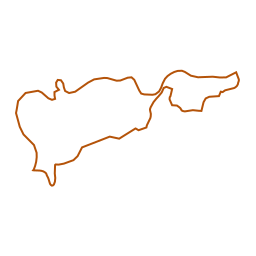 the District of Samdrup Jongkhar, rotated 179°
{"feature_id": "BTN-2492", "entity_name": "Samdrup Jongkhar", "entity_type": "District", "adm_level": 1, "iso_a3": "BTN", "parent_name": "Bhutan", "parent_adm1": "", "projection": "robinson", "projection_center": [91.574, 27.008], "detail": "fine", "context": "isolated", "style": "outline", "palette": "amber", "viewbox_px": 256, "rotation_deg": 179, "n_neighbors": 0, "source": "natural_earth", "source_scale": "10m", "svg_char_len": 1763}
<svg xmlns="http://www.w3.org/2000/svg" viewBox="0 0 256 256"><g transform="rotate(179 128 128)"><path d="M238.9,148.7L237.4,156.9L229.8,164.8L217.3,166.8L213.6,165.0L207.1,159.1L203.5,157.5L200.4,158.4L200.9,161.6L200.9,165.2L196.4,167.4L198.9,170.6L199.1,174.6L197.4,177.3L194.2,176.9L192.0,173.6L191.4,169.7L190.2,166.1L186.3,164.0L180.2,165.2L167.1,174.1L161.0,177.2L151.0,178.5L147.8,178.3L138.6,175.5L134.9,175.6L127.4,178.3L123.6,178.6L120.9,176.1L116.1,165.3L114.2,162.2L111.2,161.3L102.9,160.8L100.0,161.3L96.3,164.0L94.2,167.7L92.5,172.1L90.1,176.6L87.5,179.3L84.3,181.5L80.8,183.2L77.4,184.2L73.1,184.3L70.2,183.1L64.2,179.2L57.1,177.5L42.4,177.8L35.2,176.9L29.0,176.9L18.9,181.8L16.4,174.8L16.3,173.8L16.5,172.9L17.1,171.2L17.4,169.8L18.4,168.1L19.9,166.8L21.2,166.1L30.2,164.0L32.7,162.3L33.2,162.3L34.0,162.6L34.6,162.7L36.5,158.3L46.2,157.8L49.8,156.2L52.0,152.5L54.3,143.8L57.1,144.0L62.8,144.7L70.9,143.6L72.8,144.0L74.0,144.6L75.3,146.9L76.8,148.2L78.7,149.6L83.5,150.0L85.9,155.8L85.9,156.9L85.7,158.1L85.0,159.1L83.2,166.2L88.9,168.5L91.6,167.4L93.7,162.9L95.5,160.8L97.1,159.0L99.3,156.7L102.0,153.5L105.0,148.3L105.7,146.4L105.6,145.0L104.9,141.7L105.1,139.1L105.5,137.5L109.1,130.3L109.6,128.2L117.5,125.6L120.4,127.4L120.5,127.4L137.0,117.5L146.4,119.7L174.3,109.4L178.9,100.7L183.1,96.8L192.7,93.5L198.0,92.6L201.0,92.8L201.5,92.4L201.6,91.5L202.0,83.8L201.6,79.3L202.0,75.6L203.1,72.8L204.1,71.9L205.1,71.7L206.1,72.4L206.8,73.3L207.2,74.4L208.3,78.3L208.8,79.7L210.0,82.1L210.3,83.2L210.8,84.2L211.8,85.1L213.4,86.1L215.3,86.7L217.2,87.0L223.0,87.3L223.5,87.4L222.9,88.2L221.5,91.8L220.4,95.9L219.8,100.4L219.8,104.8L222.3,112.6L232.6,123.4L236.2,131.1L239.7,144.9L238.9,148.7Z" fill="none" stroke="#b45309" stroke-width="2"/></g></svg>